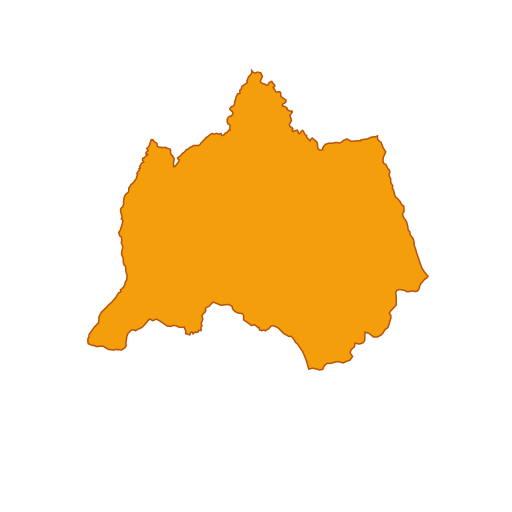 Bolahla, Leribe, Lesotho (orthographic projection), rotated 35°
{"feature_id": "5366337B26434863829569", "entity_name": "Bolahla", "entity_type": "district", "adm_level": 2, "iso_a3": "LSO", "parent_name": "Lesotho", "parent_adm1": "Leribe", "projection": "orthographic", "projection_center": [28.277, -29.044], "detail": "fine", "context": "isolated", "style": "filled", "palette": "amber", "viewbox_px": 512, "rotation_deg": 35, "n_neighbors": 0, "source": "geoboundaries", "source_scale": "gbopen_adm2", "svg_char_len": 6148}
<svg xmlns="http://www.w3.org/2000/svg" viewBox="0 0 512 512"><g transform="rotate(35 256 256)"><path d="M200.2,386.3L201.3,383.6L203.4,380.2L204.0,377.8L204.9,368.6L208.7,368.2L209.9,365.7L211.3,364.7L216.3,364.3L223.5,364.3L226.8,362.4L227.5,360.8L230.6,358.9L233.2,358.6L235.0,357.9L237.9,355.4L241.7,357.9L242.9,359.9L247.0,358.6L246.6,356.5L246.8,355.1L247.9,355.0L249.0,355.9L250.0,353.0L251.2,352.7L252.2,351.3L251.6,349.8L253.8,348.6L253.3,347.7L252.3,346.9L251.8,345.7L251.7,343.9L250.5,343.5L249.4,342.2L249.3,340.4L248.8,338.5L245.8,335.7L245.8,334.4L246.4,331.5L246.3,330.4L246.0,329.2L245.1,328.8L244.5,328.0L245.4,325.7L246.5,324.0L246.7,321.2L247.4,318.2L254.6,316.7L256.3,315.9L260.4,312.1L262.4,311.2L265.5,311.0L266.9,312.6L268.5,313.2L271.3,313.5L274.4,312.9L278.0,310.9L280.3,312.1L282.3,315.4L290.4,315.4L291.9,315.7L293.4,313.9L294.7,313.1L296.8,313.1L298.8,313.6L299.5,312.9L301.4,314.6L303.6,313.9L304.1,312.9L305.2,312.0L306.6,312.0L308.2,308.1L308.5,304.8L309.9,303.3L314.0,302.3L316.0,302.3L323.5,303.7L325.4,303.3L329.0,303.1L330.9,301.6L333.2,302.0L338.5,304.2L340.8,304.4L349.4,307.7L357.7,313.1L364.1,318.4L366.9,315.2L373.6,312.8L375.7,310.6L375.1,307.7L375.1,305.3L376.0,303.0L378.9,301.0L382.4,296.6L384.6,295.0L388.7,293.6L390.9,289.8L392.7,287.6L392.8,282.9L389.6,281.8L388.2,280.7L387.8,277.4L388.7,273.8L387.1,270.7L390.9,269.0L392.2,267.6L393.5,265.4L393.4,262.6L388.9,255.9L393.5,254.5L398.7,255.0L402.0,252.6L403.9,248.7L404.2,246.1L403.9,242.5L404.9,239.7L404.9,238.3L404.3,236.1L402.0,229.2L400.4,227.2L398.1,226.6L397.8,224.1L399.0,215.6L393.7,208.3L391.4,205.8L391.0,203.3L392.6,201.4L394.3,200.3L397.7,198.9L399.9,198.8L401.4,197.8L404.3,194.7L406.8,193.9L408.4,192.2L408.5,189.7L407.0,185.7L407.0,183.2L407.5,178.3L408.5,176.2L408.6,174.0L402.5,172.3L398.3,170.4L385.7,161.3L382.7,158.7L379.5,156.6L377.8,154.3L374.8,151.6L369.9,150.1L368.3,148.0L365.8,147.4L363.0,144.4L360.3,142.1L359.1,141.3L354.5,139.6L352.4,138.0L351.6,136.2L351.8,134.6L348.5,130.4L345.8,130.4L342.3,128.5L336.2,127.4L334.0,126.0L330.6,122.9L329.1,122.6L327.7,120.1L324.6,118.7L323.1,117.1L322.1,115.5L319.7,114.3L318.3,113.2L317.8,111.0L317.0,109.8L315.6,109.0L313.8,108.7L310.0,106.6L306.9,106.7L305.1,104.8L303.7,102.1L302.6,96.3L297.8,94.3L293.3,91.2L290.1,91.0L288.4,90.5L286.7,87.9L285.4,89.8L282.4,92.4L279.9,96.5L278.2,97.8L275.4,100.8L275.4,102.0L273.8,102.8L268.3,107.4L263.2,108.0L262.2,110.0L261.3,111.1L261.0,113.0L259.8,115.3L256.5,117.0L255.2,118.3L254.6,119.3L250.9,121.9L248.8,124.7L248.5,127.8L248.8,129.4L249.7,130.8L248.8,132.0L246.8,132.7L245.1,132.6L244.2,131.3L243.6,130.9L241.3,128.2L240.3,127.7L234.7,127.1L234.1,128.1L234.1,130.7L233.6,130.9L232.2,130.0L231.1,130.1L229.3,129.7L228.4,128.3L226.3,128.3L223.1,126.6L222.1,126.4L221.5,128.0L221.5,131.0L219.9,131.1L219.4,130.2L217.7,129.1L216.9,130.3L215.5,131.4L215.1,132.8L214.2,132.9L213.3,132.0L213.3,130.8L213.0,130.4L211.7,130.2L209.5,130.5L207.8,129.0L207.4,124.7L203.1,121.3L203.2,117.2L202.6,116.7L202.1,116.7L200.6,117.8L199.2,118.1L197.0,117.9L196.6,117.0L196.1,116.9L193.1,117.2L191.7,118.0L191.3,117.7L190.8,116.4L190.9,115.9L192.0,113.6L192.1,112.6L191.1,111.1L185.0,111.1L182.4,108.0L181.0,107.9L178.7,110.1L177.8,110.0L176.7,109.3L173.4,108.2L173.4,107.6L174.0,106.9L174.1,106.3L172.9,105.1L171.0,104.9L169.0,103.9L168.4,104.1L167.6,105.8L167.3,106.8L167.6,107.5L167.4,109.0L166.7,110.2L164.4,110.1L162.5,111.0L160.6,111.1L159.3,110.3L158.3,105.2L157.4,104.5L156.3,104.4L155.5,103.4L154.8,103.3L151.7,104.5L150.8,106.2L149.9,106.9L147.9,107.1L146.1,106.6L147.2,108.0L147.7,109.2L147.1,113.6L148.2,118.0L149.5,118.8L147.2,124.9L147.4,126.3L148.2,127.5L147.6,129.5L149.7,132.2L147.9,133.6L148.5,137.3L149.2,139.1L149.8,139.8L149.6,140.4L149.9,141.8L151.1,143.6L151.6,145.4L151.4,146.1L150.1,147.9L150.0,150.3L150.5,150.9L154.2,151.4L154.7,151.7L155.3,152.6L155.7,155.5L154.3,156.6L154.0,157.3L153.8,158.6L154.1,161.0L154.8,161.5L155.5,162.6L157.2,163.8L158.9,163.6L160.0,164.0L161.1,166.1L162.5,167.9L161.8,168.0L161.2,171.8L160.2,173.3L160.6,174.3L159.3,176.7L158.1,176.7L157.2,175.7L155.4,177.6L153.2,178.3L151.7,180.5L149.9,180.7L149.0,182.3L147.8,186.5L147.1,187.4L147.1,189.1L146.2,194.6L146.2,197.0L145.6,198.3L141.4,201.3L140.8,203.5L139.8,204.2L139.2,207.0L138.0,209.0L137.7,212.3L136.8,214.2L136.8,216.6L135.5,220.7L136.8,221.4L137.7,221.2L138.6,222.8L138.3,229.0L137.4,230.1L134.9,227.0L134.3,225.3L133.1,223.1L129.4,221.6L127.9,221.4L126.4,220.0L125.8,218.8L124.3,217.7L121.2,218.8L119.7,218.8L117.2,220.9L116.1,221.2L115.1,222.0L113.3,222.7L112.1,222.5L110.2,220.5L106.9,220.7L105.0,219.9L103.4,220.8L105.4,227.1L104.9,230.7L107.2,231.6L106.5,234.1L107.1,235.4L107.6,235.5L108.0,234.9L108.6,234.9L109.3,235.6L108.5,237.1L108.1,239.7L107.2,240.5L107.9,242.6L110.1,243.4L108.9,245.8L109.3,246.9L109.3,249.2L109.5,249.6L110.8,250.5L110.1,251.6L111.3,252.8L110.9,254.0L111.1,256.9L112.0,257.0L112.3,257.4L112.8,259.9L113.6,260.9L113.4,263.3L113.6,264.8L113.1,267.9L112.6,269.0L112.9,270.7L112.8,273.4L113.9,274.8L114.7,276.5L114.8,277.7L114.0,279.2L114.0,282.1L114.8,284.7L115.7,285.8L116.3,287.6L117.8,289.2L118.2,291.3L118.7,292.0L118.1,293.4L118.1,294.6L118.5,295.8L119.4,297.0L124.0,301.0L124.3,301.5L124.2,302.7L126.7,303.3L129.0,309.0L129.0,310.2L129.4,311.4L130.0,312.2L130.0,315.5L132.5,317.4L133.5,317.8L134.7,317.8L135.7,318.5L137.4,320.8L137.9,322.3L140.9,324.3L142.0,325.4L143.3,329.1L145.2,332.1L148.2,333.7L149.7,335.5L150.6,337.1L152.4,338.6L153.7,339.2L154.8,339.0L158.5,343.6L161.6,345.8L163.7,349.5L164.0,352.6L164.9,354.5L165.5,357.8L164.9,358.9L164.9,359.9L164.3,361.5L165.8,362.7L164.6,365.0L164.9,369.7L164.3,376.7L163.1,381.4L163.1,382.8L161.6,390.5L162.2,395.8L164.6,399.5L165.2,401.3L164.3,407.4L164.3,416.0L165.6,418.2L165.6,419.8L167.1,422.3L168.9,424.1L173.8,422.9L175.1,422.0L176.4,422.0L178.3,421.1L179.1,419.9L182.8,417.5L186.9,417.4L189.1,417.0L193.5,414.6L194.8,412.8L196.4,412.3L197.5,411.2L199.1,410.6L200.1,409.5L200.9,407.6L201.3,405.9L201.0,403.7L199.5,402.2L196.4,396.1L195.6,393.0L195.9,390.2L196.5,388.1L197.6,386.9L200.2,386.3Z" fill="#f59e0b" stroke="#b45309" stroke-width="1.5"/></g></svg>